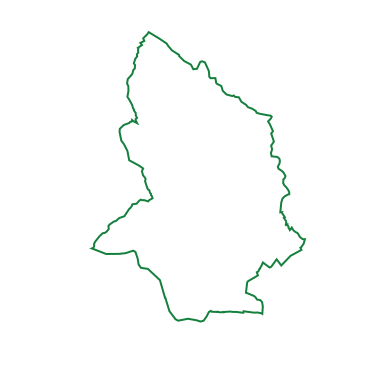 Mioveni, Arges, Romania (Mercator projection), rotated 124°
{"feature_id": "2599482B98376414707582", "entity_name": "Mioveni", "entity_type": "district", "adm_level": 2, "iso_a3": "ROU", "parent_name": "Romania", "parent_adm1": "Arges", "projection": "mercator", "projection_center": [24.948, 44.942], "detail": "fine", "context": "isolated", "style": "outline", "palette": "green", "viewbox_px": 384, "rotation_deg": 124, "n_neighbors": 0, "source": "geoboundaries", "source_scale": "gbopen_adm2", "svg_char_len": 3698}
<svg xmlns="http://www.w3.org/2000/svg" viewBox="0 0 384 384"><g transform="rotate(124 192 192)"><path d="M306.4,131.5L305.6,130.7L299.3,124.4L295.8,116.5L294.7,112.6L292.2,110.4L286.8,110.3L282.1,110.9L280.0,109.9L280.3,108.9L277.4,104.0L277.0,104.0L276.8,103.4L276.6,102.9L276.6,102.6L276.4,102.3L276.3,101.9L276.2,101.8L276.1,101.5L275.8,101.1L275.4,100.6L275.3,100.4L275.2,100.3L274.8,99.9L274.4,99.5L274.3,99.4L274.2,99.1L273.7,98.7L273.9,98.3L273.6,98.1L273.2,97.8L273.0,97.5L272.9,97.4L272.4,96.9L272.2,96.7L272.0,96.3L271.9,96.2L271.4,95.6L271.1,95.2L270.4,94.3L269.5,93.1L269.3,92.4L268.8,91.5L267.6,89.6L267.2,89.2L266.3,87.4L265.9,86.8L265.3,85.5L264.9,84.8L264.1,83.2L263.6,82.3L263.3,81.9L262.0,82.5L257.5,73.4L255.2,70.2L253.7,66.5L253.7,65.6L247.4,69.2L244.2,72.2L243.4,74.7L244.8,78.0L243.7,80.6L243.5,82.3L245.0,89.7L245.4,90.9L236.3,95.6L235.4,95.8L234.5,95.6L224.3,90.7L222.3,93.4L220.8,92.6L217.7,93.1L217.5,92.8L215.5,93.1L213.5,93.3L210.8,93.8L211.2,85.5L209.7,84.5L200.5,84.2L203.0,76.9L189.8,74.6L178.8,68.9L177.6,71.0L176.2,70.5L174.4,70.6L172.5,70.5L168.6,71.8L168.0,72.0L168.6,72.7L169.2,74.0L169.0,77.3L167.5,80.2L167.0,81.8L167.3,83.7L167.2,85.8L166.8,87.1L165.7,89.4L166.3,89.4L168.1,89.4L168.9,89.6L168.1,90.8L167.8,91.9L166.8,92.6L166.2,93.9L165.8,94.7L165.6,94.8L166.0,95.1L166.9,95.5L166.8,95.9L165.9,96.3L165.3,96.4L164.7,96.6L163.8,97.6L163.4,98.0L162.1,101.4L161.0,100.9L158.9,106.0L158.4,106.1L159.5,107.4L151.0,112.0L149.7,112.5L148.2,112.9L146.7,113.3L145.8,113.1L144.4,112.9L143.3,112.5L142.8,112.2L140.5,111.1L140.0,110.6L139.5,110.1L137.9,111.2L136.5,113.4L135.3,116.7L135.1,117.9L134.9,119.1L133.7,121.3L130.5,123.3L128.8,122.9L126.5,123.4L124.7,127.0L124.3,129.0L124.3,133.2L123.2,134.9L119.2,135.5L117.3,136.4L115.8,137.8L115.3,139.0L115.3,141.1L116.5,143.3L117.9,145.9L115.6,148.3L111.7,149.5L109.4,152.3L104.4,152.3L99.3,159.0L96.3,158.9L92.4,165.2L90.9,168.4L86.9,167.7L85.0,168.0L84.7,169.5L85.6,171.2L87.8,176.2L89.2,179.5L90.2,182.8L89.2,184.3L89.3,188.7L90.4,193.1L89.5,195.8L89.6,201.4L87.3,206.1L89.1,209.6L88.6,211.3L89.9,212.2L91.9,218.0L90.9,223.1L87.7,227.0L88.4,231.8L87.9,233.1L84.5,236.3L87.3,240.3L86.8,242.1L84.7,243.7L82.2,245.8L77.3,253.8L78.0,256.8L79.6,257.9L87.1,256.8L89.5,259.6L87.0,264.1L87.8,271.8L86.5,278.7L85.6,279.3L85.8,287.9L84.1,293.8L83.1,295.9L83.1,305.0L83.7,317.3L86.3,317.3L91.9,318.4L93.5,316.0L97.3,318.2L98.1,315.6L102.8,317.5L103.1,316.6L104.6,316.1L106.4,314.5L108.7,314.7L110.2,313.3L113.4,313.5L117.9,312.1L118.6,310.2L121.6,308.5L123.9,308.8L127.6,307.5L134.4,308.4L138.6,306.3L139.7,304.1L143.7,301.2L149.2,298.8L150.5,295.7L153.3,290.3L155.7,287.5L156.1,286.0L156.9,285.7L158.0,282.8L160.0,281.4L161.3,279.0L163.0,279.5L164.2,278.7L165.6,276.1L166.1,280.4L165.8,282.0L167.4,281.4L168.5,282.5L169.8,282.6L172.0,284.1L174.5,286.0L180.0,287.2L182.6,285.7L188.9,279.4L190.5,275.0L194.0,268.6L196.6,266.0L200.8,261.8L199.7,250.5L199.8,245.7L202.8,245.1L205.5,242.0L206.5,238.8L207.2,237.7L209.2,237.0L212.5,232.9L214.5,230.1L214.4,228.4L216.1,226.5L216.5,224.9L217.6,224.0L217.9,222.9L219.3,221.2L222.6,222.9L224.3,223.1L225.5,227.1L226.6,228.6L227.1,230.3L229.9,231.1L232.6,231.3L235.4,234.5L236.3,234.5L237.2,234.1L239.3,234.1L241.2,234.6L249.9,234.5L254.2,237.7L258.7,238.9L260.0,240.2L264.7,242.0L266.8,242.3L269.3,240.3L272.6,240.6L274.8,241.5L276.1,243.0L280.6,244.0L287.5,244.5L290.0,244.1L291.0,243.1L293.2,242.5L294.8,243.5L291.4,228.5L284.1,217.9L279.9,212.9L273.5,207.9L273.3,205.4L277.5,199.9L282.0,195.7L283.4,191.8L280.4,185.6L283.0,169.3L284.1,168.0L294.8,155.2L294.6,155.0L303.4,144.1L306.7,134.6L306.6,133.4L306.5,132.2L306.4,131.5Z" fill="none" stroke="#15803d" stroke-width="2"/></g></svg>